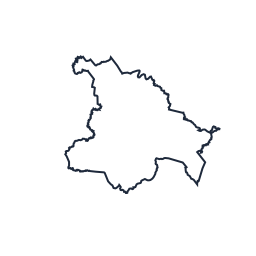 Colimes, Guayas, Ecuador (Albers equal-area conic projection), rotated 232°
{"feature_id": "8360857B84939424323345", "entity_name": "Colimes", "entity_type": "district", "adm_level": 2, "iso_a3": "ECU", "parent_name": "Ecuador", "parent_adm1": "Guayas", "projection": "albers", "projection_center": [-80.099, -1.522], "detail": "fine", "context": "isolated", "style": "outline", "palette": "slate", "viewbox_px": 256, "rotation_deg": 232, "n_neighbors": 0, "source": "geoboundaries", "source_scale": "gbopen_adm2", "svg_char_len": 5841}
<svg xmlns="http://www.w3.org/2000/svg" viewBox="0 0 256 256"><g transform="rotate(232 128 128)"><path d="M106.9,82.0L98.2,79.5L94.2,79.8L92.4,80.4L89.6,79.7L88.2,80.9L87.9,82.0L88.1,85.3L88.5,86.0L86.2,86.0L85.6,85.5L85.2,84.5L83.7,84.0L83.1,84.5L82.6,85.7L81.5,86.1L80.1,85.6L79.6,86.5L78.1,86.3L77.4,87.2L77.4,87.7L78.3,88.3L78.5,89.7L79.3,91.7L78.4,93.3L77.2,93.7L76.9,94.4L77.1,95.3L78.0,95.7L76.9,97.4L78.3,100.1L78.2,101.3L77.0,103.9L77.0,104.5L78.2,106.0L78.1,106.8L77.4,109.9L74.9,111.1L73.9,112.2L73.2,113.7L73.1,116.1L73.6,118.1L75.1,121.4L76.0,122.1L77.1,124.9L77.6,124.9L78.1,125.4L78.6,126.9L79.2,126.9L79.7,127.6L81.3,128.2L82.3,127.7L82.9,127.8L84.2,129.2L85.6,129.6L86.6,131.3L86.6,131.8L84.2,133.5L83.4,135.1L82.6,135.6L82.0,137.0L82.0,137.9L81.5,138.8L79.1,141.3L67.1,149.9L61.2,150.0L61.4,149.2L61.0,149.3L60.8,148.5L58.5,147.0L57.3,146.5L56.7,147.0L55.8,146.9L54.4,146.2L52.1,147.1L49.0,146.6L48.2,147.3L46.7,147.9L41.0,147.8L42.6,149.1L42.6,149.4L42.9,149.7L42.6,149.9L42.7,150.4L43.2,150.7L42.8,151.2L50.3,161.8L53.5,167.7L66.4,167.7L66.4,169.3L65.7,170.8L65.3,171.1L64.6,171.1L63.7,170.2L63.3,171.1L63.7,171.9L65.5,172.2L66.1,173.1L66.0,174.2L66.8,174.7L66.8,175.3L67.6,175.4L67.8,175.6L67.5,176.0L68.2,176.2L67.9,177.1L67.3,177.1L67.3,178.1L66.9,178.4L67.1,178.5L67.1,178.9L66.8,178.9L67.1,179.8L66.5,180.6L66.3,180.5L66.0,181.0L65.8,180.7L65.7,180.9L66.2,181.1L66.8,182.1L66.6,183.0L67.2,182.9L67.4,183.4L68.1,185.4L67.9,185.6L67.9,186.5L68.2,186.5L68.4,187.3L69.1,187.6L69.3,188.4L72.2,189.9L72.7,191.3L72.4,192.5L72.6,193.0L72.4,194.1L72.1,195.3L71.6,195.6L71.8,197.7L70.8,199.2L71.1,199.6L72.1,199.1L73.2,197.3L74.4,196.8L75.0,197.4L76.5,196.5L76.5,195.5L74.7,192.8L74.8,191.3L74.3,190.5L74.1,189.6L76.5,188.4L79.1,187.8L79.9,187.2L80.8,185.6L80.8,183.6L81.7,182.6L82.8,182.1L82.5,183.6L82.9,184.1L83.7,184.4L84.7,183.9L85.6,183.0L87.0,182.3L89.0,182.7L90.3,182.3L92.8,182.3L93.4,181.6L94.6,181.9L96.1,180.6L96.7,180.5L97.1,179.8L98.3,179.5L98.7,179.8L99.3,179.2L99.0,178.7L99.8,178.4L100.1,177.8L100.4,177.9L100.7,177.6L101.6,178.4L101.5,179.7L102.4,179.7L103.4,180.4L105.1,180.6L106.0,181.1L106.6,180.2L117.3,171.7L118.1,172.6L119.2,172.7L119.5,174.5L120.8,176.2L122.5,175.6L123.3,176.2L123.8,176.3L124.0,176.0L124.9,176.6L125.7,176.8L125.9,177.1L126.3,176.9L126.8,177.5L127.1,177.5L127.4,178.7L128.8,179.7L129.0,180.3L129.8,180.5L130.2,179.9L131.0,179.7L131.0,179.0L132.2,179.0L133.0,178.0L134.8,179.2L135.2,178.9L135.4,179.1L136.0,178.3L137.4,177.7L138.9,178.8L139.8,178.3L140.8,178.6L143.0,177.0L143.9,177.1L144.4,175.6L145.9,174.9L146.5,175.7L146.5,176.1L147.4,175.7L148.9,177.7L149.4,177.7L149.6,177.4L150.1,177.7L150.4,177.1L151.1,176.9L154.4,177.8L154.8,177.0L154.4,174.1L155.0,172.5L156.2,172.4L159.6,174.1L160.8,173.4L161.3,171.4L160.8,168.2L161.6,167.3L162.4,167.4L163.3,168.2L165.2,171.8L166.0,172.4L166.4,172.3L167.5,170.6L169.2,165.9L169.2,163.6L169.9,163.5L170.1,162.9L171.9,161.8L173.9,158.6L174.4,156.9L176.0,157.3L176.7,157.1L183.7,157.9L194.3,158.0L193.0,156.2L193.2,153.6L193.6,153.1L193.8,151.6L194.5,150.3L195.3,149.5L195.3,148.9L196.3,147.9L195.9,146.9L196.1,146.1L195.8,145.9L196.1,144.5L196.9,143.2L196.9,141.4L197.5,140.9L198.5,140.8L205.1,140.6L205.1,138.9L206.1,136.8L207.0,136.2L211.8,136.4L211.9,134.2L212.5,134.0L212.5,134.7L212.8,134.9L213.5,134.8L213.4,133.3L215.0,132.2L214.7,131.7L213.6,131.7L214.3,130.6L213.4,130.3L213.8,130.0L214.5,130.0L214.7,129.6L213.2,129.0L212.3,129.3L211.8,128.8L210.5,128.7L213.1,127.6L212.0,125.7L211.1,125.2L211.2,124.9L212.1,125.0L212.4,124.6L211.6,123.8L211.5,123.0L210.9,123.1L210.4,122.5L210.0,122.9L209.4,122.0L207.0,121.3L206.6,120.4L205.6,120.6L204.6,120.0L203.4,120.0L202.0,121.0L202.0,122.1L202.3,122.4L201.8,123.3L202.0,123.7L201.8,124.1L200.8,124.4L200.4,125.8L201.0,127.3L201.7,127.6L202.0,128.1L201.0,128.8L200.1,128.8L199.6,129.8L198.7,130.1L197.7,131.6L197.4,131.4L187.6,131.3L187.2,131.1L186.7,129.8L186.1,129.4L184.2,126.7L182.5,125.0L180.8,126.4L180.1,126.6L176.0,122.6L174.7,121.8L174.1,121.8L172.7,123.3L171.7,123.4L165.7,118.9L164.1,119.6L163.7,120.6L163.2,120.4L163.2,119.9L162.8,120.1L161.8,119.6L161.3,120.1L160.5,118.7L161.0,117.8L160.9,116.7L160.2,116.6L161.0,116.0L160.8,115.1L161.7,114.8L161.7,114.2L162.3,114.2L162.4,113.8L162.8,113.9L162.7,113.5L163.2,113.5L163.3,112.9L164.6,112.7L164.2,112.0L163.8,111.8L164.2,110.9L163.6,110.1L163.8,109.8L163.6,109.5L163.0,108.9L162.1,109.3L161.9,108.7L161.2,108.5L161.2,108.2L161.6,108.3L161.7,106.9L161.1,106.9L160.4,105.8L159.6,105.6L159.4,104.8L158.7,104.7L158.0,102.6L158.3,102.3L158.1,102.2L158.2,101.4L157.1,100.9L157.2,100.6L156.5,99.9L156.5,99.3L155.3,99.0L155.2,98.1L154.6,97.8L154.7,97.2L154.3,97.0L152.9,98.3L152.0,98.0L152.1,97.5L151.2,97.9L150.2,97.3L149.4,97.8L148.4,97.7L148.2,98.5L147.0,98.6L146.8,98.9L146.2,98.3L146.3,97.9L145.2,98.1L143.9,97.7L144.1,97.2L143.5,96.6L143.1,96.7L143.0,95.5L142.1,95.3L141.9,94.8L142.2,93.7L142.6,93.2L143.2,93.1L142.9,92.6L143.3,92.4L143.2,91.5L143.9,91.3L143.7,89.8L142.9,88.9L142.8,88.1L143.7,87.2L144.3,88.1L144.9,88.1L145.2,87.4L146.3,87.0L147.4,85.8L147.1,85.0L147.5,83.2L148.8,82.0L149.4,79.7L150.0,79.1L150.3,77.9L149.4,76.6L149.3,75.7L147.9,74.3L147.4,74.1L147.2,73.3L147.3,72.9L147.9,72.6L148.0,70.6L148.7,70.1L148.6,69.2L147.4,68.8L146.8,67.3L146.9,66.6L147.8,65.2L147.8,64.5L146.3,63.8L145.9,62.4L143.3,62.2L137.6,60.7L134.5,58.3L134.0,57.1L133.3,56.4L132.6,56.5L132.0,57.9L130.9,57.9L130.4,58.4L130.7,59.4L130.5,59.7L130.1,59.8L129.5,58.8L128.9,59.1L128.5,58.9L127.1,60.1L126.7,60.2L126.6,61.1L126.2,61.0L125.7,61.9L125.7,62.4L126.0,62.6L125.5,63.1L123.9,63.9L123.4,63.5L122.9,64.2L122.6,64.2L122.6,64.7L121.6,66.1L121.4,66.0L120.8,67.7L120.4,68.0L120.6,68.6L120.2,69.1L119.8,69.1L119.7,69.9L118.4,70.5L118.2,71.2L117.6,71.4L113.4,75.7L107.8,81.8L106.9,82.0Z" fill="none" stroke="#1e293b" stroke-width="2"/></g></svg>